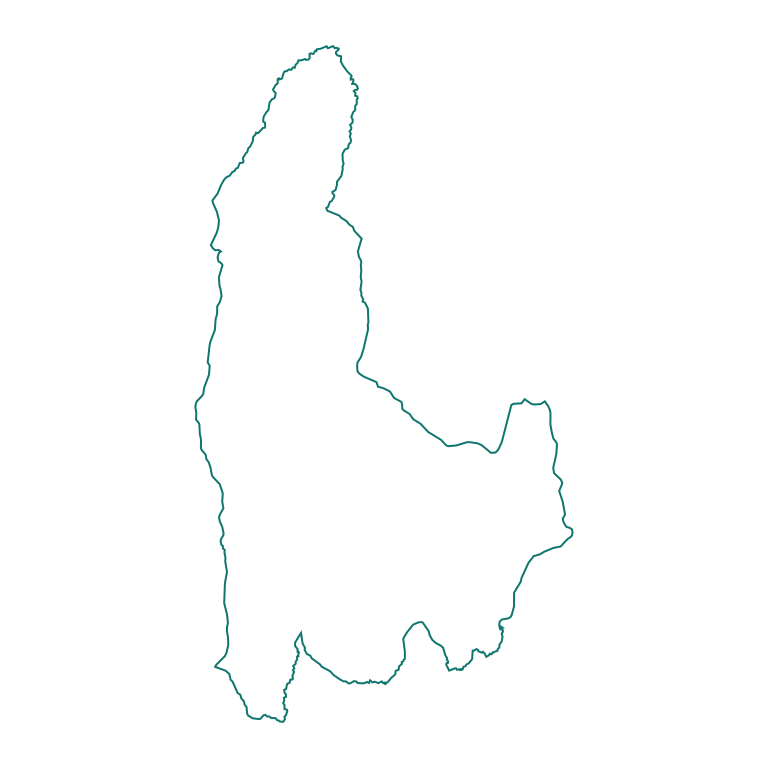 outline of Jambaló, Cauca, Colombia
{"feature_id": "7082276B84035448775523", "entity_name": "Jambaló", "entity_type": "district", "adm_level": 2, "iso_a3": "COL", "parent_name": "Colombia", "parent_adm1": "Cauca", "projection": "natural_earth1", "projection_center": [-76.314, 2.87], "detail": "fine", "context": "isolated", "style": "outline", "palette": "teal", "viewbox_px": 768, "rotation_deg": 0, "n_neighbors": 0, "source": "geoboundaries", "source_scale": "gbopen_adm2", "svg_char_len": 6061}
<svg xmlns="http://www.w3.org/2000/svg" viewBox="0 0 768 768"><path d="M215.2,666.9L225.6,670.7L229.4,674.1L230.6,679.7L232.6,681.7L237.6,693.0L240.3,694.7L241.4,698.5L243.8,701.1L244.7,704.7L246.5,706.9L247.2,714.0L248.4,715.7L252.6,718.3L259.4,719.1L260.6,718.6L263.4,715.4L265.2,714.8L267.4,716.6L269.5,716.5L271.1,718.0L275.7,718.2L277.2,720.3L278.8,720.5L279.6,721.4L283.1,721.9L285.0,719.2L284.4,716.7L286.1,715.0L287.3,711.0L287.0,709.8L284.4,709.0L284.6,705.2L283.2,703.1L284.3,700.4L283.9,697.8L286.0,696.8L285.9,694.3L284.8,693.4L284.1,689.9L286.2,688.9L286.8,685.0L287.6,683.6L289.6,682.8L290.3,679.6L292.1,679.6L293.0,678.7L292.4,675.8L294.1,671.9L292.9,670.2L294.3,668.4L293.2,666.1L295.6,663.9L295.7,661.6L297.2,659.5L297.0,657.1L297.5,656.1L298.4,656.2L298.3,654.0L299.0,652.7L298.6,651.8L297.5,651.7L297.6,649.2L295.0,645.8L295.2,642.4L301.0,632.9L302.6,643.4L305.0,647.9L304.6,649.6L306.7,653.8L310.4,655.8L311.7,658.3L319.9,664.3L321.7,666.7L330.2,671.3L333.7,675.1L339.9,679.4L343.4,681.3L345.9,681.4L348.5,683.4L350.4,683.3L354.0,681.1L356.5,681.6L357.4,682.9L362.0,683.4L365.1,683.0L366.8,681.9L369.0,683.0L370.1,680.3L372.4,682.4L374.8,681.7L378.4,683.1L381.8,681.4L383.1,683.0L384.6,682.6L384.4,683.5L385.2,684.1L388.1,681.7L391.4,677.7L394.5,675.1L395.5,673.5L395.6,670.9L398.7,669.6L398.9,666.6L402.0,663.7L401.7,662.2L403.5,661.0L403.7,659.8L404.8,658.8L404.9,651.5L403.2,638.9L404.0,637.3L407.3,631.9L413.2,624.6L418.7,622.3L421.8,622.1L422.8,622.6L428.7,631.2L429.7,635.2L432.3,639.9L435.8,643.0L441.0,645.8L443.2,647.9L445.3,655.2L447.1,658.2L446.8,659.5L448.2,661.5L447.8,663.0L446.6,663.1L446.2,664.6L449.2,670.6L455.1,668.3L456.0,668.3L457.0,669.8L460.5,669.1L460.4,670.0L461.4,669.9L462.7,669.3L463.5,666.8L465.6,666.1L466.3,664.6L468.7,663.3L472.1,659.2L472.7,650.6L473.9,650.7L476.2,649.1L478.1,650.0L478.3,651.1L481.2,652.5L482.5,652.5L483.0,651.8L484.7,653.5L486.2,656.8L488.8,655.4L489.9,653.7L491.1,654.3L492.7,653.2L492.6,652.4L497.4,650.9L497.6,649.3L499.3,647.6L499.4,645.0L501.7,641.4L502.5,636.9L501.7,633.5L503.0,631.7L502.5,629.3L501.2,629.6L500.1,629.0L499.7,627.4L502.0,627.3L499.2,625.5L499.7,621.7L501.9,619.5L508.2,618.4L510.5,617.1L511.7,615.0L514.0,606.5L514.1,592.6L520.6,582.0L521.6,577.8L528.5,562.8L533.7,556.1L539.8,554.4L544.1,551.8L553.5,547.9L560.6,546.5L567.5,539.1L570.9,536.8L571.9,535.5L572.6,532.9L572.0,529.5L570.1,528.0L566.4,526.8L564.0,523.2L562.9,520.1L562.9,518.5L564.9,514.8L564.9,513.7L562.7,501.7L559.2,491.0L562.2,483.7L562.0,482.0L560.6,479.3L554.1,473.2L553.2,468.0L556.3,454.1L557.0,444.4L556.4,442.5L553.4,438.6L551.8,432.5L550.4,424.5L550.5,413.1L549.9,410.2L548.2,406.1L544.8,401.4L540.6,404.1L533.8,404.5L531.3,403.8L524.7,399.2L521.5,403.3L513.4,403.8L511.3,405.2L501.8,442.0L498.5,449.3L496.1,452.0L494.6,452.7L490.9,452.8L481.6,445.1L477.8,443.4L470.9,442.3L467.4,442.1L456.5,445.4L448.4,446.2L446.3,445.5L441.1,439.9L428.2,432.0L420.7,423.9L413.3,419.3L409.6,414.0L403.8,410.4L402.3,408.8L402.1,403.8L401.2,401.8L394.0,397.9L389.9,391.4L382.9,388.0L378.1,386.8L376.5,382.2L363.9,376.7L359.7,373.9L357.6,371.6L357.1,366.4L357.5,362.6L361.1,356.8L363.6,348.6L368.0,329.6L367.8,324.7L368.4,322.4L367.9,308.6L365.0,302.7L362.6,301.5L363.2,299.3L361.3,295.6L361.4,292.6L360.4,289.8L361.6,281.6L360.7,277.1L361.3,270.6L360.8,265.0L361.3,262.5L361.0,260.5L359.0,257.1L357.9,251.5L361.6,238.6L354.3,230.8L352.9,226.9L349.4,224.7L346.6,221.2L341.3,217.8L339.3,215.6L327.5,210.8L326.2,208.1L328.0,206.8L329.9,201.9L331.6,201.1L334.2,196.8L334.3,195.4L332.6,193.4L332.3,192.0L335.5,190.1L336.9,185.1L337.0,181.8L341.4,175.9L342.7,169.3L342.5,166.9L343.6,163.5L342.7,160.0L342.5,153.9L344.8,149.6L348.1,148.2L348.7,144.3L350.4,142.8L350.9,141.3L350.9,139.5L349.8,136.4L350.8,133.6L349.6,131.4L351.1,129.4L351.4,127.7L350.1,124.8L352.4,122.7L352.8,120.0L351.3,116.9L353.2,112.2L355.3,109.9L355.1,106.1L356.8,104.0L356.7,100.0L357.7,98.2L357.2,96.3L355.1,95.7L355.5,93.0L353.8,91.1L355.0,90.0L357.2,89.7L357.9,88.4L356.9,85.8L354.9,83.9L352.2,83.9L353.4,80.9L353.3,79.6L352.7,79.1L350.7,79.6L350.7,77.6L351.6,76.5L351.5,75.6L347.3,71.5L342.8,65.3L340.9,61.6L341.1,56.3L337.4,55.4L335.9,53.5L336.1,51.8L338.5,49.7L338.7,48.6L336.1,47.8L334.8,48.2L333.0,46.1L327.9,48.3L326.6,46.2L320.8,48.7L316.8,49.3L316.4,51.1L315.3,50.8L313.3,54.0L310.6,53.3L309.5,54.0L309.7,57.9L308.6,59.5L305.9,59.9L305.0,59.0L301.4,60.3L298.5,60.3L297.5,63.0L295.6,64.8L294.7,67.8L293.2,67.3L291.1,69.9L288.9,69.4L286.7,71.2L285.0,71.2L283.8,72.5L281.9,78.6L279.7,79.4L279.1,78.4L277.8,78.9L277.6,83.5L275.8,84.8L273.1,89.3L273.4,90.6L275.7,93.1L274.9,97.3L274.1,98.4L272.0,99.2L269.6,102.5L268.4,110.1L266.5,112.0L263.7,116.6L263.1,120.6L263.5,121.9L265.0,122.6L265.2,126.8L264.8,127.7L263.0,128.0L258.3,133.0L256.0,132.7L255.9,133.9L253.2,137.0L252.7,141.4L250.3,146.3L248.2,148.5L247.3,152.0L245.8,153.3L242.8,158.3L243.5,160.8L243.0,162.6L239.7,163.1L237.9,167.7L235.8,168.8L234.5,171.1L232.5,171.9L229.7,175.7L226.5,177.2L224.2,179.6L221.1,185.0L217.6,193.5L212.4,200.6L212.9,202.8L217.0,212.1L219.0,220.6L218.2,227.6L216.9,232.3L210.9,245.1L212.8,248.2L215.1,250.2L218.9,250.1L220.9,251.5L218.8,253.0L217.6,257.2L218.4,261.2L221.7,263.7L222.5,265.2L218.9,277.2L219.5,285.9L220.5,288.8L221.6,296.2L219.9,301.9L217.2,306.4L217.1,314.0L215.6,319.2L214.9,329.9L210.3,342.0L209.6,345.4L207.7,362.4L209.7,365.8L209.0,374.7L204.1,387.9L203.3,393.7L202.0,395.9L197.0,401.2L195.8,403.6L195.4,407.3L196.3,412.8L196.1,419.7L198.9,423.1L199.4,425.0L199.8,433.5L201.0,439.8L200.9,448.1L201.5,449.8L205.6,454.6L206.4,459.1L208.8,462.4L210.6,468.1L211.7,474.3L212.6,476.6L219.8,484.3L222.8,493.5L222.2,501.6L223.4,508.1L219.6,515.2L219.0,517.7L219.8,521.4L222.2,526.8L223.6,533.3L223.4,535.1L221.0,539.2L220.6,541.5L221.3,544.6L223.0,546.3L222.9,548.5L224.7,549.8L224.5,552.8L225.5,558.1L225.2,561.3L227.0,571.7L224.9,583.5L224.2,603.2L227.0,614.4L227.7,620.6L227.9,623.6L227.0,626.7L226.9,630.9L228.0,637.7L228.3,644.7L226.5,652.8L224.8,656.2L216.1,665.0L215.2,666.9Z" fill="none" stroke="#0f766e" stroke-width="2"/></svg>